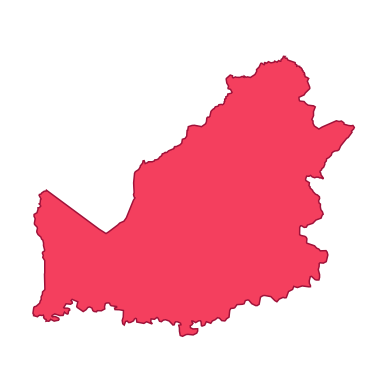 Saraya, Kédougou, Senegal (Robinson projection), rotated 96°
{"feature_id": "50182788B8770711358016", "entity_name": "Saraya", "entity_type": "district", "adm_level": 2, "iso_a3": "SEN", "parent_name": "Senegal", "parent_adm1": "Kédougou", "projection": "robinson", "projection_center": [-11.845, 12.924], "detail": "fine", "context": "isolated", "style": "filled", "palette": "rose", "viewbox_px": 384, "rotation_deg": 96, "n_neighbors": 0, "source": "geoboundaries", "source_scale": "gbopen_adm2", "svg_char_len": 5923}
<svg xmlns="http://www.w3.org/2000/svg" viewBox="0 0 384 384"><g transform="rotate(96 192 192)"><path d="M110.8,37.3L109.0,38.9L109.5,40.7L109.5,43.2L108.7,47.8L107.3,48.2L105.8,50.8L106.5,53.1L106.1,55.9L113.8,69.4L116.1,72.4L113.6,77.2L111.1,78.8L108.7,79.1L107.4,80.4L103.3,79.1L99.4,79.6L94.5,78.3L93.6,80.1L93.5,85.6L92.2,87.9L90.3,90.0L90.3,93.9L89.9,94.7L88.2,95.3L86.6,95.5L83.7,90.6L81.7,89.7L76.9,85.7L75.4,85.9L69.7,88.9L66.9,87.8L65.9,89.9L65.6,91.5L63.9,92.0L63.6,92.6L62.8,92.3L61.5,92.9L60.8,94.1L59.8,94.3L59.3,95.2L58.5,95.2L57.0,96.6L56.7,97.9L55.9,98.0L55.6,100.2L56.0,101.0L54.7,101.1L54.0,102.6L52.5,103.0L50.8,110.3L48.9,111.7L49.2,112.6L48.9,113.4L48.0,114.1L47.5,113.7L47.5,115.2L49.8,115.9L50.8,117.1L52.7,117.4L52.8,118.2L52.2,119.5L54.0,121.0L53.2,123.5L54.4,124.0L55.3,127.0L54.4,129.6L56.1,131.2L55.6,133.1L55.9,133.4L56.9,133.0L57.9,133.6L56.6,136.1L56.9,137.0L60.7,138.3L63.5,140.6L65.4,140.3L68.6,141.7L72.0,145.9L71.7,148.9L72.3,150.2L71.2,152.3L72.5,152.3L71.8,154.2L73.0,156.3L73.3,159.7L73.0,160.8L74.2,163.0L73.7,163.7L72.2,163.9L71.7,166.2L75.5,169.7L76.2,169.8L80.0,168.8L82.8,166.7L84.9,167.1L85.5,166.8L85.9,164.4L88.7,162.6L89.6,163.2L90.9,166.7L92.7,166.6L93.8,168.3L95.5,168.0L96.2,169.2L98.5,168.9L98.9,169.4L99.9,169.2L101.5,170.1L102.0,170.8L101.8,172.1L102.4,174.4L104.0,175.1L104.8,177.7L106.9,178.7L107.1,179.4L109.1,181.1L110.1,181.6L114.8,182.1L115.9,183.1L116.0,184.4L117.0,185.0L120.6,185.0L122.7,185.6L126.0,189.3L125.4,196.5L125.8,198.9L127.4,202.5L131.2,202.7L131.3,203.3L137.0,203.1L139.4,204.4L140.6,207.1L144.4,207.3L146.3,208.8L148.5,212.4L148.6,213.8L149.3,214.4L150.7,214.5L153.5,219.6L155.1,220.9L155.7,222.4L155.4,222.8L156.8,224.4L157.1,225.5L159.1,226.0L160.7,227.8L162.5,228.8L163.5,230.3L164.0,232.4L165.0,232.7L166.1,234.7L166.5,238.6L167.4,239.2L168.6,241.5L165.8,242.9L166.1,243.9L168.3,244.1L171.6,246.2L172.5,246.1L175.2,247.4L177.8,250.5L179.4,251.1L189.1,251.0L198.6,249.5L200.8,249.9L203.0,249.0L203.8,248.1L206.4,249.4L224.5,254.6L228.2,256.7L230.4,260.6L232.6,262.4L240.6,271.0L242.3,273.2L238.8,280.3L205.4,337.0L206.3,337.2L206.7,339.1L208.6,341.3L210.0,342.2L210.4,343.5L211.3,343.7L214.7,341.4L215.6,341.9L219.1,341.9L219.8,342.8L221.0,341.3L222.0,341.0L223.5,342.3L223.9,343.6L225.1,343.3L228.8,344.0L230.8,346.7L232.6,346.6L234.9,345.2L239.5,345.5L240.7,345.2L243.2,342.3L244.2,341.9L247.2,342.3L248.4,342.0L250.4,340.7L252.6,337.6L254.5,336.7L255.5,335.3L258.3,334.3L260.8,334.1L265.1,332.5L266.1,332.6L267.5,334.3L268.6,334.4L270.5,333.3L272.7,333.6L275.5,331.3L287.7,330.0L289.2,330.1L303.6,328.2L304.6,328.2L307.0,330.2L309.6,330.1L312.1,331.1L314.8,330.7L315.8,331.4L318.5,331.9L321.9,335.0L322.6,336.8L323.7,337.3L329.0,337.5L329.8,337.3L330.3,336.5L331.5,336.6L332.2,332.6L331.0,331.6L330.4,330.3L330.5,328.3L330.0,327.0L331.7,326.2L332.5,326.4L333.7,325.2L334.0,323.7L335.8,323.7L335.4,322.6L335.6,321.5L335.1,320.2L333.4,319.3L334.8,315.6L333.5,311.4L332.4,310.9L331.4,311.5L330.1,315.2L330.7,317.6L330.1,318.4L329.5,318.3L327.6,315.8L328.7,310.5L328.2,307.3L324.8,306.3L326.1,304.4L326.4,303.1L326.0,302.5L323.3,302.3L322.2,301.2L321.1,301.6L320.5,303.5L320.8,306.9L320.4,307.5L316.3,305.5L316.3,301.0L315.0,299.4L313.8,299.7L312.6,301.0L311.3,300.0L313.1,294.1L317.9,294.7L318.8,294.1L322.3,287.7L320.2,285.1L317.7,283.5L317.0,281.8L317.9,279.4L320.3,278.2L321.1,276.8L321.1,274.4L319.9,273.8L319.6,269.7L317.4,266.5L315.3,267.0L312.2,266.6L311.4,265.6L311.0,263.5L311.3,262.3L312.8,261.5L313.5,260.6L313.8,255.0L314.6,254.9L315.5,256.9L317.0,256.3L316.7,251.8L317.0,247.8L323.6,247.3L327.1,248.0L330.3,247.1L331.4,245.5L327.7,244.5L327.1,243.0L328.5,241.3L328.1,239.5L326.2,236.6L324.5,236.1L323.6,235.1L323.8,234.1L327.1,233.3L327.7,226.1L325.8,223.6L327.3,218.4L327.0,218.0L326.5,218.3L325.3,219.5L322.5,219.4L322.5,216.0L320.4,213.7L321.0,212.6L323.9,210.8L324.2,208.9L322.4,207.1L321.8,204.9L322.7,201.2L326.3,197.0L325.9,195.8L323.8,195.4L322.8,194.7L322.6,192.8L323.7,189.7L325.2,189.1L325.9,191.3L328.2,190.4L331.9,189.9L335.9,188.7L336.5,186.3L334.4,183.0L334.0,181.2L334.0,175.9L331.9,172.6L329.7,171.8L327.4,172.1L328.1,176.8L327.1,179.4L325.2,179.8L324.2,178.3L322.4,177.3L321.3,178.5L320.3,178.6L320.3,177.3L321.5,174.7L319.4,171.9L319.2,170.1L320.3,169.4L323.9,168.7L324.3,168.0L323.1,165.5L319.5,164.2L320.6,159.6L318.1,158.3L316.5,155.5L314.3,153.4L314.6,151.5L316.8,149.0L316.8,146.0L316.4,145.4L314.5,144.4L312.6,142.1L305.8,142.1L303.8,141.3L303.1,138.2L302.5,137.3L299.3,135.5L298.4,130.2L297.7,128.5L294.4,127.6L293.5,125.2L293.7,124.1L296.8,120.9L298.3,116.9L298.2,115.4L296.7,113.5L289.4,112.9L287.7,110.7L287.3,108.9L287.8,102.6L291.3,98.3L292.3,96.1L289.4,94.1L287.7,91.2L287.3,90.4L287.6,88.6L287.2,87.2L280.9,85.6L278.4,81.8L275.2,80.9L276.0,77.2L273.9,72.6L274.1,65.8L273.8,64.3L272.7,64.4L270.6,65.7L268.1,66.1L263.8,65.5L263.4,64.3L266.3,60.4L266.5,58.9L266.2,56.6L263.5,56.2L260.8,56.5L256.0,58.3L252.8,57.8L249.8,58.0L249.0,57.2L249.0,53.9L247.2,51.2L240.4,50.3L237.7,51.3L236.3,52.6L237.1,58.3L235.5,59.9L234.8,62.2L232.7,64.5L230.9,72.3L230.1,72.8L226.6,72.8L225.2,73.6L224.3,75.1L223.8,79.1L223.2,80.5L215.9,81.2L214.3,80.5L214.1,79.6L215.5,76.7L215.0,74.6L212.8,73.7L210.5,68.6L206.9,65.8L204.5,60.9L201.4,60.1L200.4,59.2L198.1,60.2L196.1,62.0L193.4,62.8L190.6,63.0L189.7,64.4L187.6,65.2L185.2,64.4L183.4,64.8L181.8,67.0L181.3,68.9L178.9,71.7L177.7,72.3L175.6,75.0L174.5,75.1L173.5,76.3L170.5,76.2L168.7,79.9L167.4,80.4L164.3,79.7L164.1,77.2L163.1,75.8L164.4,74.0L165.0,71.5L164.2,69.8L164.1,67.6L164.6,66.8L164.5,64.7L165.1,63.5L164.9,62.9L164.4,62.9L161.4,65.5L159.6,66.0L158.9,66.8L157.9,66.8L156.3,65.4L155.2,65.3L153.7,63.7L150.7,62.8L149.0,63.0L147.2,61.7L144.9,61.6L143.4,59.4L140.8,57.3L138.4,56.9L137.1,55.5L136.3,54.2L135.6,51.4L134.5,50.2L130.5,48.9L122.5,43.8L121.5,42.4L115.8,39.1L114.8,39.8L112.4,37.8L110.8,37.3Z" fill="#f43f5e" stroke="#9f1239" stroke-width="1.5"/></g></svg>